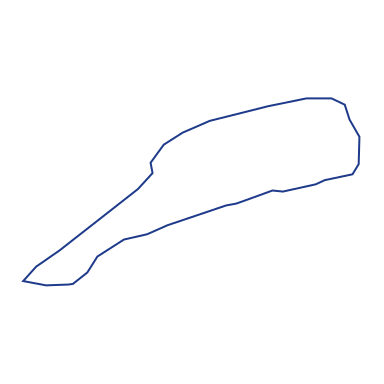 Unanu, Federated States of Micronesia (Mercator projection), rotated 272°
{"feature_id": "79324940B35725319521289", "entity_name": "Unanu", "entity_type": "district", "adm_level": 2, "iso_a3": "FSM", "parent_name": "Federated States of Micronesia", "parent_adm1": "", "projection": "mercator", "projection_center": [150.339, 8.753], "detail": "fine", "context": "isolated", "style": "outline", "palette": "blue", "viewbox_px": 384, "rotation_deg": 272, "n_neighbors": 0, "source": "geoboundaries", "source_scale": "gbopen_adm2", "svg_char_len": 536}
<svg xmlns="http://www.w3.org/2000/svg" viewBox="0 0 384 384"><g transform="rotate(272 192 192)"><path d="M97.1,26.4L93.6,49.4L95.2,71.7L96.0,76.2L107.9,90.2L124.2,99.7L142.1,125.6L148.2,148.6L157.9,168.6L179.7,226.4L182.0,236.8L196.3,272.4L195.6,282.8L204.0,315.4L208.5,324.3L215.3,351.8L225.7,357.6L253.0,357.4L269.9,346.9L284.6,341.6L290.4,328.2L289.5,302.9L280.4,265.1L263.7,207.2L251.0,180.6L238.3,162.1L219.8,149.6L209.5,151.9L193.1,137.9L129.1,61.8L112.0,38.9L97.1,26.4Z" fill="none" stroke="#1e3a8a" stroke-width="2"/></g></svg>